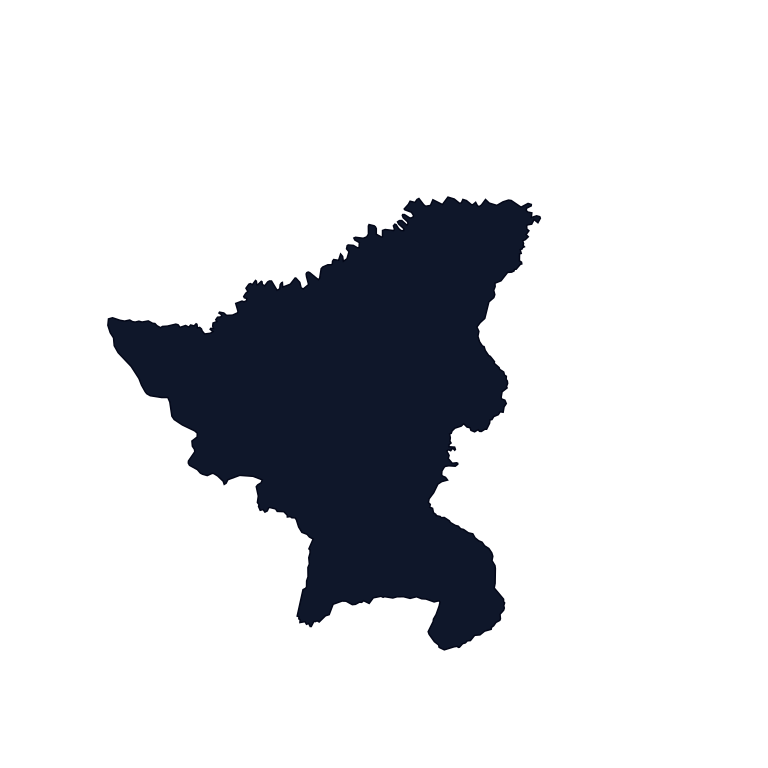 Montalvo, Los Rios, Ecuador, rotated 133°
{"feature_id": "8360857B47637388687848", "entity_name": "Montalvo", "entity_type": "district", "adm_level": 2, "iso_a3": "ECU", "parent_name": "Ecuador", "parent_adm1": "Los Rios", "projection": "mercator", "projection_center": [-79.312, -1.802], "detail": "fine", "context": "isolated", "style": "filled", "palette": "ink", "viewbox_px": 768, "rotation_deg": 133, "n_neighbors": 0, "source": "geoboundaries", "source_scale": "gbopen_adm2", "svg_char_len": 6159}
<svg xmlns="http://www.w3.org/2000/svg" viewBox="0 0 768 768"><g transform="rotate(133 384 384)"><path d="M524.3,629.9L529.4,626.0L533.2,619.2L534.7,613.3L540.0,607.4L542.4,599.8L543.6,580.8L547.1,567.0L550.2,560.6L552.5,553.4L552.9,550.9L552.0,547.0L545.6,537.5L541.3,532.9L543.3,528.3L552.2,517.2L553.1,513.2L551.5,503.6L547.4,490.5L547.3,487.0L550.2,484.5L556.7,485.6L560.2,481.7L561.0,478.2L562.5,476.2L573.7,474.5L575.3,473.2L576.1,470.8L573.9,462.0L574.4,457.6L573.8,455.3L571.5,450.8L566.5,448.7L565.6,447.4L564.7,443.0L564.8,435.3L566.4,432.4L564.3,431.8L560.5,432.9L549.2,427.2L540.8,416.8L537.1,407.6L540.1,406.5L543.9,407.6L546.2,407.4L551.7,399.5L557.0,395.8L557.5,393.1L559.1,392.3L560.8,388.4L558.3,386.8L558.9,383.7L556.4,382.8L553.3,383.9L552.2,383.3L549.3,378.1L550.0,375.2L545.7,370.2L545.9,365.4L547.2,364.0L544.9,362.1L544.7,360.2L542.6,357.9L543.0,355.6L546.8,348.9L548.5,342.9L546.4,337.7L546.8,334.2L545.7,330.1L555.8,326.5L555.8,325.0L558.0,322.8L562.3,320.6L566.6,315.8L570.1,314.5L576.8,308.1L580.8,306.3L585.2,302.3L586.9,302.0L589.6,303.0L613.0,289.2L612.2,287.5L613.9,286.1L613.5,284.7L615.8,282.8L611.7,279.7L612.6,276.8L610.5,275.8L611.7,272.6L611.0,271.8L605.4,273.4L604.7,272.2L602.8,271.4L602.3,269.1L593.4,268.7L590.1,266.8L579.8,271.0L571.3,266.6L568.7,263.6L567.0,256.7L564.6,254.6L560.4,253.2L558.9,251.4L556.4,251.1L554.6,245.2L547.7,246.0L541.3,241.4L540.6,239.2L539.1,238.5L534.5,231.6L530.8,229.4L526.2,224.6L523.0,218.7L517.4,215.1L515.4,210.0L512.6,206.6L509.2,198.7L505.2,196.1L505.3,194.3L508.9,192.2L517.0,188.7L522.2,187.5L524.3,186.0L535.0,182.8L536.3,180.3L538.1,171.4L537.6,166.1L539.0,164.1L537.3,158.6L528.4,153.5L526.0,151.6L525.9,150.0L525.0,149.3L520.3,149.4L517.8,147.9L515.0,147.9L512.7,145.8L506.0,146.3L502.0,142.7L496.2,141.9L490.3,138.3L488.6,139.4L486.1,138.9L482.0,139.5L477.9,138.1L476.3,138.7L473.3,142.1L467.9,142.2L465.8,143.2L464.4,145.3L461.8,146.5L461.6,148.1L459.8,149.8L458.0,164.3L454.1,166.7L443.0,176.7L441.1,179.0L439.5,184.6L435.8,186.9L434.0,190.0L432.8,195.1L433.7,200.1L432.8,204.4L434.1,207.9L434.4,212.5L433.0,216.9L435.3,220.8L436.1,226.6L437.6,229.2L437.3,232.7L438.8,235.5L440.0,240.9L439.5,243.0L440.5,248.9L442.7,250.9L442.6,252.6L444.7,256.1L444.0,257.0L444.4,260.0L441.8,263.7L442.9,266.6L440.5,268.0L440.4,270.7L437.2,272.7L429.6,273.5L420.5,276.3L416.0,275.2L410.9,272.0L410.3,275.4L411.5,278.7L410.9,280.1L408.1,282.3L403.8,283.2L402.4,283.0L399.6,280.8L395.5,275.8L392.4,275.3L391.7,276.0L392.1,277.2L395.4,280.0L394.7,286.2L391.8,287.7L390.2,292.4L388.1,292.0L387.3,289.7L384.9,290.0L384.1,289.2L384.2,287.1L383.1,287.2L382.0,289.3L385.6,293.7L383.9,295.1L381.4,294.7L380.8,296.9L378.1,298.8L375.8,302.0L374.2,301.2L371.9,302.2L367.9,302.0L362.1,298.8L358.7,298.6L358.9,293.9L357.3,291.3L358.6,288.8L357.2,285.1L353.2,284.0L353.5,281.9L352.3,280.4L348.3,279.4L347.1,278.1L340.7,280.0L338.0,282.0L336.4,280.8L333.0,281.5L328.5,279.5L325.1,280.1L323.4,277.6L318.8,280.6L314.9,281.2L313.4,284.6L314.7,287.7L313.9,289.2L309.2,292.3L302.9,291.3L302.3,292.7L299.3,293.9L297.7,295.8L297.3,297.8L294.9,299.8L295.3,302.0L293.6,304.6L294.4,309.4L293.5,311.0L293.7,317.6L292.3,318.4L291.3,325.2L291.8,326.8L290.4,332.8L288.4,336.3L289.1,337.9L287.9,342.9L285.0,347.9L280.8,350.5L279.0,354.9L273.6,355.5L267.3,355.0L252.4,363.3L245.9,362.6L243.1,363.9L240.6,367.7L237.0,369.1L234.6,371.6L228.7,368.8L218.1,369.7L215.1,366.9L212.6,366.0L211.3,366.8L209.9,365.6L203.6,365.9L202.2,365.1L201.1,366.5L201.5,369.0L196.4,373.6L194.9,372.7L192.8,376.1L191.1,375.1L189.7,375.6L187.9,374.9L187.7,376.9L186.1,377.7L184.7,380.2L182.0,379.1L177.9,378.9L177.8,382.0L173.1,382.5L173.2,385.3L170.9,387.6L169.8,387.6L166.4,385.0L161.4,386.4L161.1,381.4L156.1,382.7L155.4,384.2L156.9,387.1L161.8,389.8L158.0,392.6L160.2,396.2L160.0,398.4L158.2,399.6L153.3,397.8L152.2,398.7L153.7,401.8L161.2,404.4L163.0,416.1L164.6,418.4L169.6,421.2L176.4,423.3L179.9,430.4L179.8,435.6L186.6,434.8L189.4,435.4L189.9,437.2L188.6,440.9L192.2,441.3L193.2,442.3L193.6,448.8L195.2,452.2L198.6,451.0L200.3,451.8L200.8,458.8L203.7,464.7L212.9,463.7L215.9,473.9L221.7,471.8L225.6,474.8L225.8,477.2L224.5,485.0L226.5,485.7L230.1,485.2L232.5,489.6L236.0,488.7L242.2,488.6L242.4,487.6L239.7,481.1L240.5,477.6L241.7,476.6L244.0,477.3L245.0,478.5L246.1,484.6L247.3,485.9L248.2,485.6L249.3,483.4L249.3,477.3L250.3,475.8L252.2,475.6L252.3,482.4L254.0,484.2L256.2,484.7L257.0,482.4L256.9,475.3L258.4,474.2L260.2,476.3L260.3,479.5L259.2,483.7L259.7,485.1L261.9,485.0L263.7,481.9L265.2,481.6L270.2,488.5L272.7,489.8L277.4,485.5L278.2,485.8L279.7,491.8L275.6,495.6L274.9,497.5L275.0,499.1L277.6,503.7L279.1,503.2L285.0,497.6L288.2,497.0L291.6,498.6L296.1,504.9L297.8,505.6L298.6,503.5L297.4,498.5L301.3,495.2L302.5,496.4L303.5,500.9L306.7,505.0L307.9,505.3L310.7,503.6L311.2,499.8L317.7,496.5L322.0,497.4L318.9,501.3L318.5,504.4L324.5,501.6L327.3,505.7L329.3,505.4L331.4,503.7L332.7,503.8L335.1,506.4L340.2,508.6L342.5,508.6L350.5,503.2L352.5,503.2L353.2,514.3L353.8,515.8L355.2,516.4L356.6,516.0L358.4,513.8L362.7,507.0L369.6,507.9L370.2,510.2L367.1,514.9L366.6,520.7L367.1,521.3L374.9,520.6L380.1,523.1L382.1,524.3L379.0,527.6L379.8,528.0L382.1,527.7L385.5,525.2L388.4,526.1L385.4,536.5L386.8,538.1L388.7,538.7L393.5,538.2L394.2,540.8L392.4,543.0L392.6,543.8L397.5,544.0L398.1,544.7L395.8,547.5L395.9,548.6L401.2,548.0L401.6,550.1L403.1,550.9L408.1,550.3L409.2,546.6L411.8,547.0L415.7,546.3L416.2,544.9L415.0,542.7L416.9,541.4L419.3,542.4L420.2,544.4L426.2,547.4L430.4,540.4L431.7,539.6L437.0,541.8L441.2,546.0L441.3,549.6L443.6,553.3L444.7,553.1L444.2,550.4L444.9,549.2L446.4,549.2L448.7,551.3L451.7,550.9L452.3,548.8L456.0,550.6L458.5,548.8L459.7,546.6L461.6,548.7L462.6,548.4L462.2,544.8L465.3,545.6L469.7,549.3L469.2,553.2L468.2,555.1L468.3,557.4L470.2,558.7L467.9,561.5L468.1,562.5L471.0,562.5L472.7,565.7L475.5,565.5L476.5,569.0L481.7,571.8L481.1,575.0L482.2,577.1L489.4,581.9L493.0,585.3L495.2,585.8L496.2,589.8L496.0,592.8L497.4,594.6L498.6,599.4L503.7,603.2L505.2,606.1L508.4,608.2L509.9,610.4L510.6,613.6L514.9,616.6L517.4,620.5L520.7,627.7L524.3,629.9Z" fill="#0f172a" stroke="#020617" stroke-width="1.5"/></g></svg>